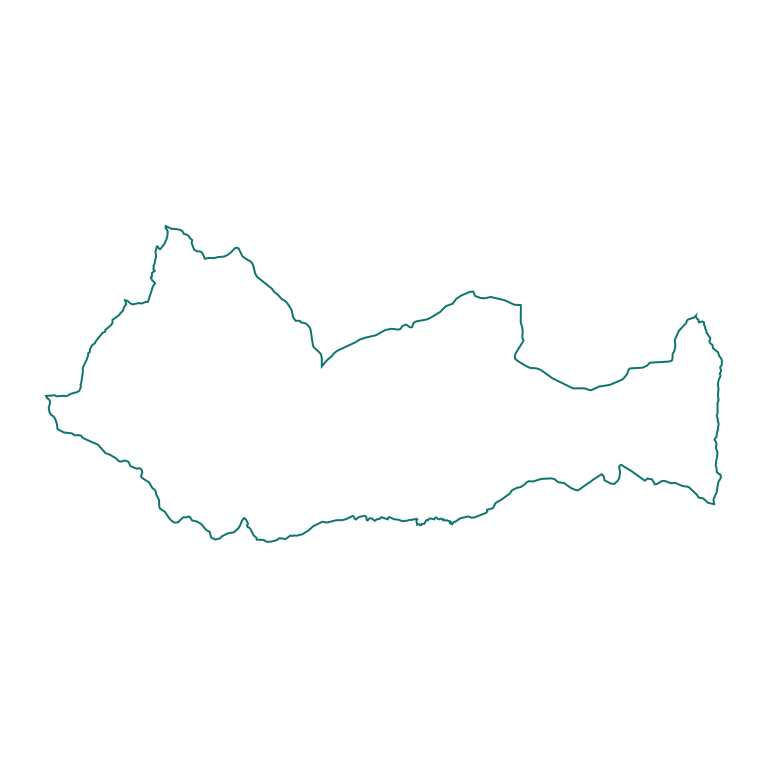 outline of Gameza, Boyacá, Colombia
{"feature_id": "7082276B32812076646031", "entity_name": "Gameza", "entity_type": "district", "adm_level": 2, "iso_a3": "COL", "parent_name": "Colombia", "parent_adm1": "Boyacá", "projection": "robinson", "projection_center": [-72.725, 5.81], "detail": "fine", "context": "isolated", "style": "outline", "palette": "teal", "viewbox_px": 768, "rotation_deg": 0, "n_neighbors": 0, "source": "geoboundaries", "source_scale": "gbopen_adm2", "svg_char_len": 6083}
<svg xmlns="http://www.w3.org/2000/svg" viewBox="0 0 768 768"><path d="M57.6,429.2L63.8,432.4L71.9,433.4L74.9,435.4L78.7,435.1L81.3,435.8L82.1,437.2L84.3,438.7L97.9,444.6L105.5,453.1L109.5,454.6L115.4,457.9L119.0,461.2L121.5,461.6L123.4,460.7L125.5,460.6L128.6,462.0L130.4,465.9L131.3,466.5L137.0,468.8L139.0,468.2L140.9,468.8L141.6,469.8L142.3,472.5L141.2,475.5L141.1,476.5L141.9,477.8L149.1,482.4L152.5,488.2L154.9,489.9L155.6,491.2L156.1,494.1L159.0,500.1L159.3,506.7L160.0,508.7L164.9,511.8L169.8,519.0L172.0,521.1L174.2,522.6L178.3,522.3L179.3,520.9L183.4,517.3L186.6,517.3L188.9,516.5L190.3,517.5L192.0,520.4L197.1,521.6L201.2,524.0L206.5,530.3L209.7,531.8L211.0,537.3L212.8,538.5L215.8,539.5L220.2,538.2L221.8,536.4L227.7,533.4L234.1,532.2L238.5,528.2L240.1,525.5L242.1,520.4L244.2,518.0L246.0,519.6L247.9,523.4L247.8,524.5L247.0,525.3L247.3,526.6L247.9,527.3L249.1,527.5L250.4,529.1L253.8,535.5L256.3,537.6L256.7,539.6L264.0,540.0L265.2,541.1L267.4,541.9L271.3,541.6L274.9,540.7L277.2,539.8L279.0,538.3L283.5,538.6L285.4,539.2L290.3,535.6L292.5,536.0L293.9,535.4L296.3,535.7L302.3,534.3L308.7,530.3L313.0,526.4L322.2,521.8L327.4,522.5L336.3,520.2L342.5,520.1L346.2,519.1L352.5,516.0L353.6,516.3L354.7,518.7L355.9,519.5L358.0,517.6L360.0,516.7L364.6,515.8L366.1,516.8L367.0,520.3L367.7,520.4L369.4,518.4L370.4,518.2L372.0,518.7L374.9,520.8L376.9,519.2L379.4,519.1L381.2,517.2L387.7,519.3L388.3,517.6L389.3,517.1L394.1,519.2L398.8,519.8L402.3,521.2L407.9,520.5L409.5,519.9L411.7,520.0L412.7,519.4L414.6,519.4L416.3,518.7L417.3,519.4L416.7,520.2L416.5,521.7L417.1,524.7L419.4,524.2L420.2,525.2L421.4,525.0L421.8,523.9L424.1,523.9L426.2,520.4L426.8,520.0L428.0,520.3L428.9,518.9L430.3,518.4L434.3,519.3L435.3,517.6L436.2,517.4L438.2,519.2L439.3,519.3L441.4,518.6L442.5,519.9L443.5,519.3L444.1,519.5L444.5,520.5L447.3,520.3L448.6,521.1L450.5,521.4L450.9,521.9L449.9,522.6L450.0,523.3L452.3,524.2L453.5,522.3L454.9,521.9L460.5,518.2L468.4,516.4L471.4,517.7L474.6,517.4L486.0,512.9L487.3,511.4L487.0,509.8L492.9,508.2L495.6,503.0L501.9,499.3L510.0,493.4L511.5,490.9L512.9,489.8L516.8,487.9L520.8,487.0L525.0,484.1L526.8,482.2L528.9,481.2L532.9,481.5L541.4,478.9L551.2,478.4L554.3,479.0L558.4,482.3L563.9,483.0L571.1,488.1L575.7,490.0L578.0,490.4L595.4,478.2L600.0,475.2L602.0,474.3L603.6,476.3L604.6,480.4L610.8,483.5L614.2,484.0L617.8,480.7L619.2,478.1L620.1,472.6L619.1,466.8L619.8,465.6L621.2,464.8L631.3,471.0L644.7,480.6L645.3,480.5L647.4,478.5L652.0,479.4L654.4,483.2L654.4,484.2L656.8,484.1L661.5,481.2L664.8,480.9L670.7,483.2L675.0,482.8L682.2,485.9L688.6,486.9L697.2,495.1L698.5,497.5L703.3,498.5L708.1,502.8L714.2,504.2L713.5,500.2L713.8,498.4L716.5,492.7L718.3,482.1L720.9,477.7L720.5,474.7L719.0,474.1L716.8,472.0L716.5,467.9L715.7,465.7L716.2,460.5L717.1,457.4L717.4,452.6L717.2,451.0L715.8,448.1L716.5,444.7L716.3,443.1L715.9,441.6L714.5,439.8L714.8,438.6L716.2,437.4L716.6,436.2L717.0,432.1L718.1,429.5L718.1,426.7L718.6,425.0L718.5,422.9L717.7,421.5L717.8,418.9L716.7,415.9L717.6,412.9L717.5,403.6L718.6,400.0L717.9,395.4L718.5,388.8L717.8,384.4L718.8,379.4L720.4,376.3L720.4,375.1L719.7,373.8L720.8,371.9L721.0,370.5L720.2,367.5L720.5,366.6L721.7,365.2L721.9,360.4L721.0,358.2L719.2,356.1L718.1,352.4L713.1,348.3L712.3,344.8L710.5,343.5L709.5,341.9L709.4,340.8L710.2,339.8L710.2,337.7L708.1,335.1L707.6,333.7L706.6,333.1L706.3,330.6L705.2,328.5L705.2,326.6L704.1,325.0L704.0,322.4L702.5,321.5L698.9,322.3L698.5,321.6L698.6,320.0L696.7,318.5L696.3,317.2L695.6,316.8L695.9,315.7L694.1,317.5L688.3,319.4L686.9,320.6L686.2,323.0L678.9,330.8L674.7,340.1L675.3,344.8L675.0,348.1L674.2,351.4L672.7,353.6L672.5,358.5L671.7,360.8L668.6,361.6L650.0,362.7L646.7,365.9L642.6,367.7L630.1,368.4L628.8,369.3L627.1,374.1L623.2,378.8L621.9,379.7L609.8,384.9L598.9,386.6L591.5,390.1L590.1,390.2L584.4,388.3L573.1,388.4L552.6,378.4L541.6,370.5L538.4,368.9L535.4,368.2L530.2,368.0L526.2,366.1L517.0,360.5L515.0,358.5L514.9,355.8L515.8,353.1L523.5,340.7L522.3,337.1L522.7,331.4L522.4,327.9L520.7,322.2L520.9,307.1L520.6,305.0L514.5,304.8L504.5,300.2L490.9,297.0L484.2,298.3L480.6,298.0L475.0,295.9L473.2,291.6L470.1,291.8L461.3,295.5L456.2,298.9L452.8,303.6L445.9,306.2L440.1,312.0L430.3,317.9L427.0,319.4L416.3,321.4L414.8,322.1L413.3,323.4L412.2,327.0L410.8,327.4L409.3,326.9L406.7,324.8L405.6,324.7L402.3,326.1L400.6,328.8L398.7,329.6L391.3,328.8L385.4,330.0L375.7,335.3L366.4,337.4L359.7,339.6L355.4,342.3L337.2,350.8L334.1,353.2L332.0,355.9L326.6,360.6L321.8,366.3L321.8,358.5L321.1,354.6L320.0,353.0L314.1,347.5L313.0,345.7L310.6,329.9L309.9,327.7L306.3,323.8L302.6,322.5L301.2,322.6L299.9,320.9L295.5,320.7L293.2,317.3L291.4,309.6L287.4,303.3L285.4,301.2L281.4,298.7L278.3,295.2L274.2,291.8L271.9,288.7L257.4,277.1L255.2,273.8L253.5,266.6L252.3,263.4L249.8,260.8L248.2,260.3L242.6,256.5L238.6,248.5L237.4,247.8L235.2,248.0L230.8,252.5L227.3,255.1L224.3,256.5L217.5,257.2L214.0,258.1L208.8,257.9L205.0,258.8L202.6,253.7L201.3,251.9L199.2,251.3L196.8,251.3L194.1,249.6L191.6,243.0L192.3,240.1L190.0,238.2L188.5,235.8L186.8,234.7L183.9,233.9L182.8,231.7L181.0,230.1L175.9,229.0L171.3,228.8L165.9,226.1L165.5,228.0L167.1,229.7L167.7,231.4L167.4,236.2L166.4,239.4L164.4,243.9L160.3,249.1L159.5,249.1L157.4,246.4L156.8,246.6L155.5,251.7L156.0,256.4L154.7,262.9L153.7,265.6L153.4,269.1L153.6,269.8L154.6,270.4L154.7,271.0L152.0,272.9L151.9,276.6L150.8,277.4L152.1,280.2L154.3,282.2L155.0,283.5L152.9,286.4L148.0,301.8L145.4,302.0L142.0,303.5L138.7,303.1L132.9,304.4L130.8,303.7L127.6,301.0L125.1,300.2L126.2,304.3L123.9,307.3L123.0,310.7L120.3,313.3L119.2,315.1L112.6,319.7L112.4,323.2L110.4,325.7L105.3,330.0L105.1,331.6L104.5,332.1L102.6,332.8L96.1,340.8L95.0,343.1L92.0,345.4L91.0,347.1L90.0,349.4L89.7,352.3L88.3,353.0L88.0,355.8L86.3,360.5L82.9,367.4L82.8,372.1L81.2,383.2L80.5,384.6L80.9,386.9L79.6,390.2L78.8,391.1L77.0,392.1L70.8,393.8L67.7,395.7L65.5,396.2L63.0,395.8L56.4,396.3L54.9,395.3L46.1,395.9L46.7,397.6L49.5,400.0L50.0,401.6L49.9,403.9L48.7,407.7L49.5,412.2L51.1,414.7L53.8,416.7L55.2,419.0L56.8,423.8L57.6,429.2Z" fill="none" stroke="#0f766e" stroke-width="2"/></svg>